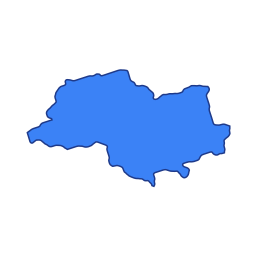 Las Matas de Farfan, San Juan, Dominican Republic (Equal Earth projection), rotated 252°
{"feature_id": "3306468B58611223630856", "entity_name": "Las Matas de Farfan", "entity_type": "district", "adm_level": 2, "iso_a3": "DOM", "parent_name": "Dominican Republic", "parent_adm1": "San Juan", "projection": "equal_earth", "projection_center": [-71.495, 18.95], "detail": "fine", "context": "isolated", "style": "filled", "palette": "blue", "viewbox_px": 256, "rotation_deg": 252, "n_neighbors": 0, "source": "geoboundaries", "source_scale": "gbopen_adm2", "svg_char_len": 5837}
<svg xmlns="http://www.w3.org/2000/svg" viewBox="0 0 256 256"><g transform="rotate(252 128 128)"><path d="M64.5,134.6L65.4,135.5L66.2,136.0L66.7,136.2L68.5,136.4L69.1,136.6L69.7,136.8L70.7,137.4L71.2,137.7L71.9,137.8L72.5,137.9L75.4,137.9L76.2,138.1L76.5,138.2L76.7,138.5L76.9,138.8L77.0,139.1L77.2,139.8L77.2,141.0L77.2,148.3L77.1,149.5L76.9,150.3L76.7,151.1L76.3,151.7L74.3,154.5L73.9,155.1L73.6,155.8L73.1,157.1L72.5,158.7L72.3,159.4L72.0,160.7L71.8,161.3L71.6,161.5L71.2,161.9L69.7,162.5L68.2,163.3L66.1,163.8L65.6,164.0L64.2,165.0L63.8,165.3L63.6,165.6L63.3,166.2L63.2,166.6L63.2,167.3L63.3,168.0L63.4,168.4L63.7,169.1L64.3,170.0L65.0,170.8L65.8,171.4L67.1,172.1L69.0,173.3L69.8,173.2L70.4,173.0L70.7,172.9L71.2,172.5L72.0,171.8L73.8,169.4L74.4,169.0L74.9,168.7L75.2,168.6L75.7,168.5L76.3,168.7L76.5,168.8L76.8,169.0L77.0,169.4L77.1,169.7L77.2,170.5L77.2,171.3L77.2,173.0L77.1,174.8L77.0,175.6L76.8,176.4L76.2,178.0L76.0,179.1L75.8,180.4L75.8,181.6L75.8,182.9L75.8,184.1L76.0,185.2L76.3,185.8L76.6,186.2L77.5,187.0L78.4,188.0L79.1,188.9L79.4,189.6L79.5,190.0L79.6,190.8L79.7,192.1L79.7,196.9L79.7,198.5L79.6,199.3L79.5,199.6L79.4,200.0L79.2,200.2L78.8,200.6L77.5,201.0L76.7,201.5L76.2,201.9L75.7,202.5L75.3,203.0L75.0,203.7L74.8,204.4L74.8,205.1L74.9,205.8L75.1,206.6L75.2,207.2L75.2,207.7L74.8,208.9L74.7,209.7L74.6,212.0L75.7,212.4L77.0,213.1L77.5,213.4L78.5,213.6L80.5,213.7L81.4,213.8L82.0,214.0L83.3,214.7L83.9,215.0L85.8,215.3L86.3,215.5L86.6,215.6L86.8,215.8L87.0,216.1L87.3,216.6L88.1,218.3L88.7,220.0L89.0,220.7L89.8,221.9L90.6,222.7L91.1,223.1L91.7,223.3L93.7,223.6L94.3,223.7L94.9,224.0L95.9,224.6L96.5,224.8L98.4,225.4L100.9,222.1L101.6,221.2L101.9,220.5L102.1,220.1L102.3,219.3L102.5,216.4L102.6,215.6L102.8,214.9L103.8,212.4L104.3,211.6L104.8,211.1L105.3,210.8L106.0,210.6L107.3,210.6L111.9,210.7L119.2,210.7L120.2,210.9L120.9,211.0L121.5,211.3L122.7,212.0L123.3,212.2L124.0,212.3L126.1,212.4L132.9,212.4L134.2,212.5L134.8,212.7L135.1,212.8L135.7,213.3L136.4,214.0L138.0,216.1L138.6,216.6L139.1,217.0L139.4,217.1L140.0,217.3L140.9,217.3L141.8,217.1L142.8,216.7L143.2,215.6L143.8,214.1L144.3,212.7L144.8,211.7L145.8,210.2L146.3,209.2L146.5,208.5L146.7,207.0L146.9,206.3L147.8,204.1L148.5,201.9L148.6,201.3L148.5,200.7L148.2,199.5L148.0,198.8L147.8,195.0L147.7,193.8L147.4,193.1L147.1,192.6L146.7,192.1L145.9,191.4L145.6,190.9L145.4,190.3L145.3,189.2L145.3,187.2L145.4,186.5L145.5,185.7L145.7,185.0L146.3,183.4L146.9,180.5L147.6,178.6L147.8,177.5L147.9,175.6L148.1,174.5L148.3,173.8L148.7,172.6L148.9,171.9L148.8,171.2L148.7,170.5L148.1,169.0L147.6,167.6L146.9,166.1L146.7,165.4L146.6,164.7L146.6,163.9L146.7,163.2L146.8,162.8L147.1,162.2L147.5,161.7L147.9,161.4L148.5,161.3L149.1,161.4L150.5,162.3L151.3,162.6L152.6,162.7L153.2,162.7L153.8,162.5L154.3,162.3L155.5,161.5L156.6,160.9L158.1,159.9L160.1,159.3L160.7,159.0L161.5,158.3L162.2,157.5L163.1,156.3L163.7,155.3L164.0,154.6L164.1,154.2L164.4,152.0L164.6,151.3L165.4,149.6L165.7,149.1L165.9,148.8L166.1,148.7L166.6,148.4L168.3,148.2L169.2,147.9L169.7,147.6L171.2,146.1L172.0,145.5L172.9,145.2L174.2,145.1L180.2,145.3L181.5,145.3L182.1,145.2L182.6,145.0L182.9,144.8L183.2,144.3L184.2,142.3L184.8,140.6L185.4,139.1L185.6,138.3L185.7,137.5L185.8,136.2L185.8,134.9L185.7,121.4L185.7,120.2L185.8,119.4L186.0,118.7L186.2,118.4L186.4,118.2L186.6,118.1L187.7,117.6L188.1,117.2L188.7,115.9L188.9,115.0L189.0,114.7L188.9,114.1L188.5,112.6L188.4,111.9L188.4,111.1L188.5,110.0L189.1,108.5L189.3,107.8L189.4,107.0L189.5,106.1L189.5,103.5L189.5,93.6L189.5,92.3L189.6,91.5L189.8,90.7L190.1,90.0L191.5,87.9L191.8,87.3L192.7,85.2L192.8,84.6L192.8,84.3L192.7,83.9L192.6,83.6L192.3,83.2L191.8,82.8L191.3,82.6L189.4,82.4L188.9,82.2L188.7,82.0L188.5,81.7L188.3,81.0L188.2,80.3L188.2,77.5L188.1,76.7L187.8,75.9L187.3,74.8L186.6,73.9L184.7,71.4L183.7,70.3L183.1,69.9L182.0,69.3L181.1,68.6L180.3,68.2L179.6,68.1L179.0,68.0L176.7,68.0L175.8,67.9L175.2,67.8L174.7,67.4L174.4,66.9L173.5,65.2L172.7,62.9L171.0,60.0L170.2,58.0L169.8,57.4L169.4,56.8L169.0,56.2L168.5,55.7L167.9,55.3L167.6,55.2L166.7,54.9L165.0,54.9L163.7,55.0L163.1,55.3L162.3,55.9L161.6,56.7L160.5,58.2L159.2,58.2L159.2,50.0L159.2,48.7L159.1,47.9L158.9,47.1L158.5,46.4L158.1,45.8L157.3,45.0L157.0,44.5L156.9,44.1L156.7,43.3L156.7,42.5L156.7,37.9L156.6,37.1L156.5,36.2L156.3,35.4L155.7,33.8L155.2,32.1L154.7,30.8L145.4,30.6L144.5,30.8L144.2,30.9L143.8,31.3L143.4,31.8L143.3,32.1L143.3,32.4L143.3,32.7L143.5,33.3L144.7,36.5L144.8,37.1L144.8,37.4L144.6,38.0L144.0,39.9L143.7,40.5L143.1,41.3L142.7,41.7L141.6,42.3L140.4,43.1L138.8,44.0L136.9,45.9L136.3,46.3L135.3,47.0L134.7,47.6L134.3,48.2L134.2,48.5L134.0,49.2L133.9,50.3L133.9,53.1L133.8,53.9L133.7,54.6L132.6,57.5L132.3,58.2L132.0,58.8L131.5,59.4L130.6,60.4L130.1,60.9L128.8,61.6L127.2,63.1L126.4,63.7L126.4,66.8L126.4,73.1L126.3,74.3L126.2,75.1L126.0,75.8L125.4,77.3L124.9,78.7L124.5,79.3L123.3,81.1L123.0,81.8L122.9,82.1L122.7,82.9L122.5,84.0L122.5,85.2L122.6,86.4L122.6,87.2L122.8,88.0L123.0,88.6L123.7,90.2L124.4,92.3L124.6,92.9L124.6,93.3L124.5,93.6L124.3,94.3L123.7,95.2L118.8,101.4L118.3,101.9L117.8,102.3L117.5,102.5L116.9,102.6L116.6,102.6L116.1,102.4L115.1,101.8L114.6,101.5L113.7,101.3L112.1,101.2L107.5,101.2L105.9,101.1L105.0,100.8L103.5,99.9L103.0,99.7L102.4,99.6L101.1,99.5L99.9,99.5L99.0,99.7L98.4,99.9L96.8,101.1L96.4,101.5L96.3,101.8L96.2,102.5L95.9,105.0L95.8,105.8L95.7,106.1L95.3,106.8L94.7,107.8L94.0,108.7L93.3,109.5L92.5,110.2L92.2,110.4L91.6,110.6L90.7,110.7L88.5,110.8L87.9,110.9L87.3,111.0L85.9,112.0L84.8,112.5L83.3,113.5L82.0,114.3L81.3,115.1L80.3,116.2L78.7,118.2L77.9,119.4L77.4,120.4L76.8,122.1L76.2,123.3L75.7,124.6L75.5,125.2L75.1,125.7L74.7,126.2L73.5,127.0L73.0,127.4L72.7,127.9L72.4,128.5L71.9,130.4L71.6,130.9L71.2,131.3L69.7,131.9L68.2,132.7L67.3,133.0L65.8,133.0L64.5,134.6Z" fill="#3b82f6" stroke="#1e3a8a" stroke-width="1.5"/></g></svg>